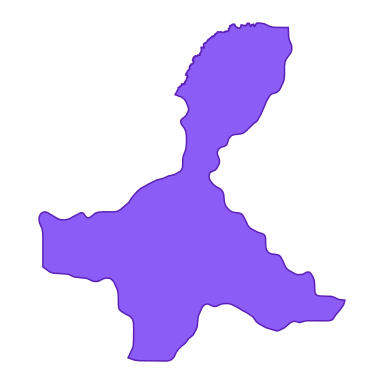 outline of Rio San Juan, María Trinidad Sánchez, Dominican Republic
{"feature_id": "3306468B8616193891808", "entity_name": "Rio San Juan", "entity_type": "district", "adm_level": 2, "iso_a3": "DOM", "parent_name": "Dominican Republic", "parent_adm1": "María Trinidad Sánchez", "projection": "robinson", "projection_center": [-70.066, 19.564], "detail": "fine", "context": "isolated", "style": "filled", "palette": "violet", "viewbox_px": 384, "rotation_deg": 0, "n_neighbors": 0, "source": "geoboundaries", "source_scale": "gbopen_adm2", "svg_char_len": 5808}
<svg xmlns="http://www.w3.org/2000/svg" viewBox="0 0 384 384"><path d="M128.0,357.8L134.6,360.1L139.5,360.7L166.2,361.0L169.1,360.6L171.6,359.6L174.0,357.1L176.3,352.2L178.6,349.0L181.3,346.3L185.3,343.2L188.6,338.7L192.3,335.7L193.4,334.6L196.2,329.3L197.2,326.8L198.0,317.9L198.7,315.1L202.4,307.0L204.1,305.1L205.5,304.3L207.2,304.0L208.9,304.3L212.3,306.0L214.6,306.5L216.3,306.3L220.6,304.3L223.2,303.7L227.8,303.5L231.4,304.3L239.0,308.3L243.3,311.0L246.5,312.5L252.0,316.2L253.2,317.2L256.5,321.9L259.2,324.0L266.0,327.7L277.0,331.0L279.1,330.4L284.3,327.9L290.8,322.4L293.2,321.4L295.6,321.4L299.6,322.6L304.6,321.1L307.5,320.7L327.5,320.8L330.2,320.5L331.9,319.9L333.2,318.8L336.1,314.5L340.7,309.0L343.6,304.8L344.9,300.2L338.6,299.4L333.2,296.9L331.3,296.4L320.2,296.0L318.4,295.8L316.7,295.1L315.5,293.7L314.9,291.9L314.5,282.7L314.0,279.6L312.7,276.4L310.6,273.1L309.3,272.2L307.8,272.0L306.4,272.3L303.1,274.1L301.4,274.5L297.9,274.7L295.4,274.0L288.6,270.2L286.7,268.5L285.2,266.3L282.7,260.6L280.7,256.9L279.6,255.7L277.5,254.7L270.7,253.8L268.5,252.5L266.8,250.4L266.1,248.6L265.7,245.5L265.6,238.4L265.2,236.5L264.4,234.9L262.4,233.7L257.7,232.2L251.7,229.1L249.6,227.6L247.9,225.5L245.3,219.8L242.9,215.4L241.9,214.2L239.7,213.1L234.6,212.5L232.0,211.9L230.4,210.9L228.2,209.0L226.3,206.7L224.9,204.0L224.3,201.2L223.7,194.4L222.8,191.8L220.6,189.1L216.0,186.6L213.0,184.1L210.5,181.1L209.3,178.4L209.1,175.7L209.8,173.1L210.8,172.0L215.4,170.0L216.9,168.2L219.2,163.8L219.5,162.0L219.5,160.1L217.3,153.8L217.3,152.0L218.3,149.6L220.8,147.4L225.2,146.0L226.4,145.1L227.2,143.8L228.4,139.8L229.1,138.2L231.4,135.7L233.8,134.7L240.8,133.9L243.5,133.0L246.6,130.5L253.1,124.1L257.1,121.0L260.9,114.4L266.6,101.0L270.0,95.3L271.9,93.9L275.7,92.8L277.2,92.0L279.1,90.4L280.1,88.9L283.1,82.5L284.0,79.8L284.5,75.6L284.5,65.9L285.1,61.8L286.3,59.1L290.8,52.8L291.7,50.0L291.8,48.1L291.5,45.2L289.2,39.5L288.6,36.6L288.3,27.5L277.0,27.4L272.3,27.1L269.7,26.4L264.4,23.8L260.7,23.2L257.5,23.0L257.5,23.3L256.5,23.3L256.5,23.7L255.8,24.2L255.8,24.6L255.1,25.0L255.1,26.2L254.0,26.2L254.0,25.8L253.6,25.8L253.6,24.6L253.3,24.6L253.3,24.2L251.9,24.6L251.9,25.0L251.5,25.0L251.5,25.8L250.8,26.2L250.5,25.4L250.1,25.4L249.8,24.6L249.4,24.6L249.4,23.7L249.1,23.7L249.1,23.3L247.7,23.3L247.7,23.7L247.0,23.7L247.0,24.6L246.6,24.6L246.2,25.3L245.2,25.4L245.2,25.8L244.5,25.8L244.5,25.4L242.4,25.4L242.4,25.0L241.0,25.0L241.0,27.0L240.6,27.0L240.3,27.8L239.5,27.8L239.5,28.2L237.8,28.2L237.4,27.4L236.4,27.4L236.0,26.6L235.7,26.6L235.3,25.8L235.0,25.8L235.0,25.4L234.6,25.4L234.6,24.6L234.3,24.6L234.3,24.2L232.8,24.2L232.8,24.6L231.8,24.6L231.4,25.4L230.7,25.4L230.7,25.8L230.0,25.8L230.0,26.2L229.7,26.2L229.7,27.8L229.0,28.2L229.0,29.0L228.6,29.0L229.0,29.8L228.6,29.8L228.6,30.7L227.9,31.1L227.9,31.5L227.5,31.5L227.5,31.1L226.1,31.1L226.1,31.5L225.1,31.5L225.1,31.9L224.4,31.9L224.4,32.3L221.2,32.3L221.2,31.9L217.7,31.9L217.7,32.3L217.3,32.3L217.0,33.1L216.6,33.1L216.6,33.5L215.2,33.9L215.2,34.7L214.8,34.7L214.8,35.1L214.1,35.5L214.1,35.9L213.4,35.9L213.4,36.3L212.4,36.3L212.4,36.7L211.7,36.7L211.3,37.6L210.6,37.6L210.3,38.3L209.6,38.4L209.2,39.2L208.9,39.2L208.9,39.6L208.2,39.6L208.2,40.0L207.4,40.4L207.4,41.2L207.1,41.2L206.7,42.0L206.4,42.0L206.0,42.8L205.3,42.8L205.3,43.2L204.3,43.2L203.9,44.1L203.6,44.1L203.6,46.5L204.3,46.9L204.3,47.7L203.9,47.7L203.9,48.1L202.5,47.7L202.5,47.3L201.1,47.3L201.1,48.1L201.4,48.1L201.4,51.0L201.1,51.0L201.1,52.2L200.7,52.2L200.4,53.0L199.7,53.4L199.7,53.8L200.0,53.8L200.0,55.4L198.6,55.4L198.6,55.0L197.9,55.0L197.9,55.4L197.6,55.4L197.2,56.3L196.5,56.3L196.5,55.8L195.5,55.8L195.5,56.3L194.7,56.3L194.4,57.1L193.7,57.1L193.7,57.9L193.3,57.9L193.3,58.7L193.0,58.7L193.0,59.9L192.6,59.9L192.6,60.7L193.7,60.7L193.7,62.3L193.3,62.3L193.3,63.2L193.0,63.2L192.6,64.0L191.2,64.0L191.2,64.4L190.9,64.4L190.9,65.2L190.5,65.2L190.2,66.0L189.8,66.0L189.8,66.4L189.5,66.4L189.5,67.6L189.8,67.6L189.5,69.3L189.1,69.3L188.7,70.1L188.4,70.1L188.4,70.5L187.7,70.9L187.7,71.3L187.3,71.3L187.0,72.9L186.6,72.9L186.6,73.3L185.9,73.7L185.9,74.1L186.3,74.1L185.9,74.9L186.3,74.9L186.3,75.4L187.3,75.4L187.3,76.2L187.7,76.2L187.7,77.4L187.3,77.4L187.0,78.2L186.6,78.2L186.6,79.8L186.3,79.8L185.9,80.6L185.6,80.6L185.6,81.5L184.9,81.9L184.9,82.3L184.5,82.3L184.5,83.1L184.9,83.1L184.9,83.5L184.5,83.5L184.5,83.9L183.8,83.9L183.8,84.3L182.7,84.3L182.7,83.9L182.0,83.9L182.0,84.3L181.7,84.3L181.7,85.1L181.3,85.1L181.3,85.5L180.6,85.9L180.6,86.3L180.3,86.3L180.3,86.7L179.6,86.7L179.2,87.5L178.5,87.5L178.5,87.9L178.2,87.9L178.2,88.8L175.1,94.7L181.5,97.1L184.3,99.2L186.3,102.2L188.6,108.5L188.4,110.9L186.2,115.1L185.3,116.4L181.8,119.0L181.0,120.2L180.6,121.7L181.3,124.1L184.5,128.5L185.7,131.2L186.3,134.3L186.5,138.6L186.4,144.0L186.0,148.2L185.5,150.2L183.2,156.1L182.8,159.2L182.6,166.5L182.2,168.3L181.4,170.0L180.3,171.2L175.5,174.1L173.0,175.0L168.7,175.9L163.3,178.3L156.5,180.1L148.8,183.9L140.5,188.6L137.5,191.2L134.0,195.0L131.4,198.2L128.7,202.6L120.5,209.5L117.2,211.4L113.4,211.9L102.6,211.8L97.8,212.3L95.2,213.3L90.4,217.2L88.2,217.9L86.9,217.5L85.8,216.6L83.5,213.3L82.2,212.8L80.6,212.8L73.4,216.5L69.0,219.0L64.6,219.9L60.9,219.7L58.3,219.0L48.0,212.9L46.6,212.2L44.9,211.9L43.1,212.2L41.6,213.0L40.4,214.3L39.6,215.9L39.1,217.8L39.1,219.7L39.4,222.6L41.9,228.3L42.7,232.4L42.9,237.7L42.9,266.9L50.0,272.1L53.5,273.2L67.1,274.0L68.9,274.5L74.3,277.0L86.0,278.3L87.8,278.8L92.3,281.0L94.0,281.4L96.6,281.5L98.4,281.2L103.5,278.7L106.1,278.1L107.9,278.1L109.6,278.4L111.2,279.1L113.7,281.6L117.4,289.8L117.9,291.7L118.3,295.9L118.4,305.3L119.1,309.1L120.8,311.0L125.5,314.0L129.3,315.9L130.6,316.9L132.3,318.9L133.3,321.8L133.6,324.9L133.7,329.3L133.5,341.5L133.2,345.8L132.3,348.7L128.0,357.8Z" fill="#8b5cf6" stroke="#5b21b6" stroke-width="1.5"/></svg>